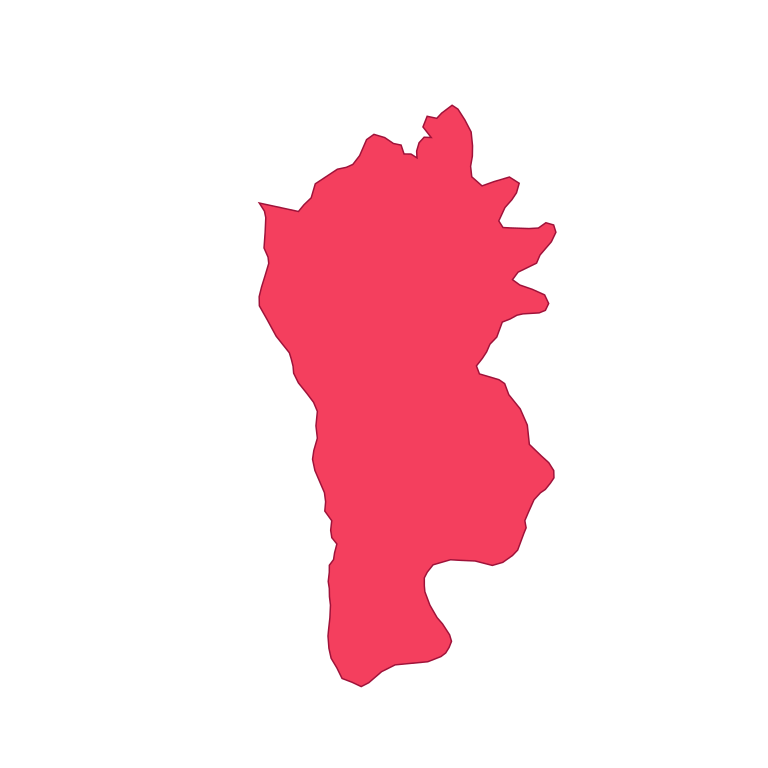 Foz do Jordão, Paraná, Brazil, rotated 301°
{"feature_id": "56859067B25360435846322", "entity_name": "Foz do Jordão", "entity_type": "district", "adm_level": 2, "iso_a3": "BRA", "parent_name": "Brazil", "parent_adm1": "Paraná", "projection": "robinson", "projection_center": [-52.087, -25.692], "detail": "fine", "context": "isolated", "style": "filled", "palette": "rose", "viewbox_px": 768, "rotation_deg": 301, "n_neighbors": 0, "source": "geoboundaries", "source_scale": "gbopen_adm2", "svg_char_len": 2103}
<svg xmlns="http://www.w3.org/2000/svg" viewBox="0 0 768 768"><g transform="rotate(301 384 384)"><path d="M110.0,499.7L111.9,510.3L112.9,520.3L120.1,524.8L136.2,530.1L149.0,538.2L168.5,564.6L179.7,573.2L185.2,575.4L191.6,575.5L198.2,574.4L202.8,569.4L208.5,557.7L211.1,549.8L218.1,537.2L227.0,526.0L231.8,522.5L238.6,518.4L245.0,518.0L254.3,519.2L267.6,531.5L272.1,540.1L279.2,553.2L284.3,570.3L292.3,577.7L303.3,582.5L310.5,584.1L328.1,580.8L333.9,579.9L339.4,575.1L348.0,573.9L362.1,572.2L371.3,574.1L376.8,576.6L384.8,577.7L391.1,578.0L397.2,574.1L401.4,565.8L403.4,555.8L407.1,539.7L422.6,528.0L432.8,513.6L439.1,496.5L446.5,487.2L446.9,480.4L441.8,460.6L447.1,453.9L456.5,455.1L464.4,455.4L472.7,454.3L482.3,456.5L498.0,453.5L504.8,458.7L511.4,462.5L515.7,467.0L524.9,480.4L530.3,484.4L537.8,483.7L543.1,475.8L541.5,462.2L538.8,449.4L539.6,440.4L548.9,441.3L566.2,452.5L574.9,451.3L592.1,454.2L602.6,453.2L607.7,447.5L605.6,439.7L597.2,436.0L591.9,428.2L582.9,412.0L579.4,405.4L582.9,398.4L597.5,396.8L607.8,398.7L616.1,399.1L625.7,396.5L626.0,384.9L614.2,374.1L604.3,366.0L606.8,352.5L615.2,346.1L624.8,342.4L633.8,337.2L644.9,328.9L652.0,317.3L657.7,305.8L658.0,298.8L645.9,293.9L638.9,292.4L635.7,283.1L624.4,285.0L619.6,297.5L616.2,291.3L608.9,289.8L600.5,292.0L594.8,295.8L595.0,288.7L591.5,282.7L597.6,275.6L595.0,268.2L595.6,257.7L592.8,246.8L584.5,243.2L567.2,245.5L556.2,244.2L550.3,240.1L544.1,233.4L520.2,222.0L506.1,225.7L496.5,223.1L487.8,221.8L474.9,183.9L470.6,192.5L465.7,197.0L452.6,204.1L438.8,211.1L433.0,219.3L428.0,223.1L415.5,226.3L404.0,229.1L394.6,232.0L386.8,236.9L379.0,250.7L369.4,267.0L362.0,286.8L357.6,291.7L352.4,296.9L346.7,301.0L340.9,310.0L336.1,323.0L332.0,333.1L326.2,341.0L313.1,347.2L303.2,354.8L290.8,358.1L282.7,361.5L274.3,369.3L260.2,388.9L253.0,394.6L244.6,398.7L239.9,409.6L231.2,413.6L225.4,418.4L222.6,426.0L213.8,428.6L207.5,431.2L200.5,430.5L194.4,434.1L186.0,437.9L180.6,442.4L173.6,446.8L166.9,452.0L155.8,458.0L144.5,463.2L139.1,465.8L129.1,472.9L121.7,479.9L116.4,489.8L110.0,499.7Z" fill="#f43f5e" stroke="#9f1239" stroke-width="1.5"/></g></svg>